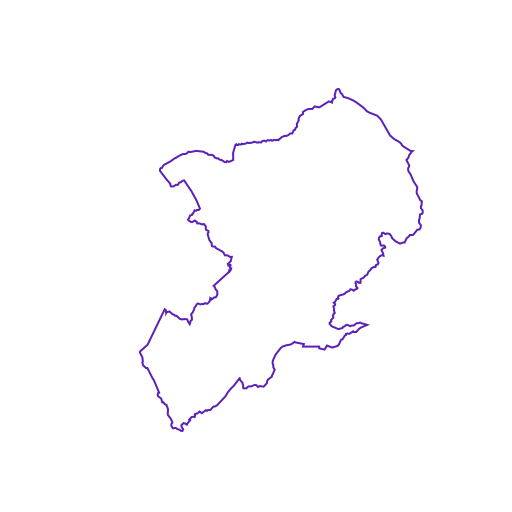 Acteopan, Puebla, Mexico (Mercator projection), rotated 40°
{"feature_id": "50627088B24925677971158", "entity_name": "Acteopan", "entity_type": "district", "adm_level": 2, "iso_a3": "MEX", "parent_name": "Mexico", "parent_adm1": "Puebla", "projection": "mercator", "projection_center": [-98.68, 18.751], "detail": "fine", "context": "isolated", "style": "outline", "palette": "violet", "viewbox_px": 512, "rotation_deg": 40, "n_neighbors": 0, "source": "geoboundaries", "source_scale": "gbopen_adm2", "svg_char_len": 6119}
<svg xmlns="http://www.w3.org/2000/svg" viewBox="0 0 512 512"><g transform="rotate(40 256 256)"><path d="M349.6,166.5L348.7,165.8L347.3,165.7L345.2,167.6L344.6,167.6L341.9,165.5L339.4,164.4L338.4,162.8L338.4,161.2L339.4,160.2L339.5,159.6L338.3,158.8L337.8,157.2L338.6,156.3L341.1,156.1L341.7,154.6L344.1,153.2L346.9,153.8L348.9,154.9L353.7,155.0L358.3,154.0L360.2,150.9L361.2,150.1L360.0,145.5L360.5,143.1L360.4,141.0L362.8,138.9L362.7,132.2L364.2,130.5L363.9,128.6L362.5,126.4L359.5,125.7L357.7,123.7L357.2,122.0L355.0,118.8L355.0,118.4L356.1,116.9L356.1,116.2L354.6,114.1L351.5,113.3L350.4,111.9L350.2,110.9L348.0,107.5L345.5,107.6L343.8,106.6L338.9,104.7L337.5,103.2L335.5,99.8L334.8,99.4L328.5,97.5L322.6,94.4L317.9,92.9L316.1,91.0L315.7,88.8L315.0,88.0L309.5,85.8L309.6,83.1L308.4,79.8L308.4,77.0L308.1,76.2L308.4,75.1L306.8,76.2L299.5,77.2L297.2,77.4L294.4,76.5L291.4,76.7L287.0,77.6L281.3,77.5L263.9,71.1L258.6,70.6L251.0,73.2L248.1,73.8L242.6,73.3L234.1,73.8L230.8,74.3L225.8,75.6L220.9,77.8L217.5,76.6L216.2,76.8L211.9,74.5L212.1,74.8L211.2,75.6L210.7,77.6L213.1,82.5L214.7,83.3L215.0,83.8L214.8,85.0L214.0,85.8L214.3,87.3L214.8,87.8L214.6,88.8L215.5,89.6L212.4,90.8L209.0,101.4L204.7,103.8L204.7,107.0L202.0,109.4L200.5,111.7L199.4,115.4L200.7,117.1L199.6,120.5L200.3,123.4L201.6,124.8L202.3,128.4L204.0,130.2L204.4,131.2L204.0,132.7L204.6,133.8L204.7,134.6L204.0,135.5L205.0,138.8L203.4,140.3L203.1,142.4L202.2,144.4L200.7,145.6L199.2,148.5L199.1,150.4L198.7,151.3L198.8,152.8L197.5,153.4L197.0,154.4L195.9,154.8L195.0,155.7L194.3,157.3L193.0,157.4L192.2,158.8L190.4,159.8L190.1,161.8L188.4,162.2L187.0,163.7L186.9,165.8L185.0,167.0L184.5,168.1L181.1,169.6L180.9,170.5L179.2,172.8L177.9,174.1L176.6,174.6L176.0,176.2L175.0,177.6L173.7,178.9L173.0,179.0L172.8,180.4L171.1,181.3L171.0,182.5L170.2,183.1L169.2,182.9L168.8,184.0L172.1,191.6L176.8,197.1L175.2,200.6L174.6,201.4L172.7,201.8L172.8,203.4L171.6,204.2L167.7,204.6L167.1,205.2L165.4,205.7L164.1,205.6L163.4,206.3L161.1,207.1L159.6,206.5L157.4,206.7L154.4,209.2L152.9,208.8L150.5,209.7L149.0,209.7L142.5,214.0L139.0,218.5L137.2,219.6L137.1,221.6L136.4,223.2L134.2,225.2L132.0,230.6L131.8,231.9L131.0,233.2L129.7,238.4L126.8,245.7L127.3,249.2L126.5,249.9L126.5,250.8L127.7,252.5L138.5,254.9L144.1,255.8L144.9,256.8L146.0,257.4L147.9,256.0L149.0,252.8L150.2,252.0L150.5,251.3L149.9,249.7L150.1,248.9L150.9,248.1L151.4,245.5L152.4,244.3L164.7,247.8L174.3,251.5L182.6,255.7L182.5,257.7L181.2,258.6L181.0,259.9L179.6,260.5L180.3,263.0L180.2,264.6L180.7,265.0L180.5,265.8L179.5,267.2L180.5,270.4L180.5,271.8L181.8,272.1L184.4,271.7L185.4,271.0L186.3,268.1L188.8,267.9L189.3,268.6L190.1,268.8L191.7,267.4L194.4,266.5L195.4,265.0L198.6,265.6L199.9,267.3L200.9,268.0L203.5,267.4L204.4,268.3L204.4,269.5L205.2,270.6L210.3,273.9L213.7,274.6L215.8,276.7L216.4,276.7L218.7,275.1L220.1,275.7L227.2,274.3L229.2,274.4L231.7,275.5L233.9,273.8L236.7,273.4L238.0,272.2L240.0,276.3L239.5,280.1L241.0,281.1L241.9,279.2L242.3,279.2L243.6,281.9L245.0,281.4L245.5,282.5L245.6,283.5L245.3,283.2L245.1,284.1L244.7,284.2L245.5,286.0L242.7,306.1L244.1,306.2L247.1,307.7L248.9,307.8L250.7,309.8L251.4,311.1L251.8,313.4L250.5,314.8L250.2,316.9L248.5,317.4L249.7,318.0L249.5,318.9L248.8,319.1L249.6,320.3L249.5,323.5L248.9,324.3L247.3,324.8L246.8,326.4L245.2,327.8L244.5,328.8L241.9,329.8L241.7,330.4L242.2,335.6L242.8,336.3L243.8,340.0L243.7,341.8L243.9,342.6L245.2,343.3L247.9,345.9L247.6,347.5L249.0,350.8L246.8,350.2L244.1,348.8L242.7,349.5L239.6,352.5L238.1,353.1L233.6,352.9L232.6,353.7L231.2,353.6L229.7,354.2L225.3,354.2L223.5,356.7L223.7,357.4L221.8,355.5L220.3,355.5L230.0,393.7L228.7,402.4L228.7,404.1L229.1,404.6L234.0,406.6L237.1,409.5L237.2,410.5L239.8,412.3L243.9,412.5L244.8,411.6L255.0,416.0L257.4,416.7L264.9,420.5L269.7,423.0L269.1,423.9L270.0,425.7L271.2,426.4L274.4,426.1L275.6,426.5L278.2,428.4L279.2,427.5L281.1,428.2L283.3,427.6L284.3,428.5L285.3,428.8L287.2,430.0L289.7,433.5L291.0,434.5L294.9,435.3L298.2,436.7L299.1,437.4L299.1,438.8L300.3,440.5L303.1,441.4L305.0,439.3L307.4,439.1L309.1,438.1L310.6,438.3L312.1,437.4L311.6,435.6L308.9,434.7L307.6,433.6L307.9,430.6L309.7,429.8L311.4,429.7L311.1,427.7L311.1,424.2L310.0,424.3L310.2,420.7L311.3,419.4L312.5,418.8L311.8,417.1L311.0,416.7L310.9,416.0L312.5,413.9L312.7,411.4L315.6,411.2L316.7,406.3L318.0,406.1L318.3,404.8L320.0,403.4L320.2,398.6L321.0,398.1L322.1,395.6L322.8,383.4L322.0,378.1L322.0,373.4L322.4,370.0L321.9,359.4L322.4,360.5L323.7,361.3L327.1,361.8L329.4,363.4L330.5,364.9L331.5,365.4L333.7,363.6L333.9,361.3L334.3,360.5L336.2,358.9L337.8,355.6L339.4,354.7L341.7,355.1L342.4,353.3L345.8,351.2L346.1,346.8L345.6,345.5L344.8,344.4L344.6,342.8L345.7,338.2L345.0,337.1L344.8,335.6L343.4,331.1L340.9,330.2L339.4,328.5L337.6,327.5L336.2,325.4L334.4,318.9L334.1,310.6L334.5,308.4L336.5,305.1L339.6,301.3L340.8,296.9L341.7,296.9L349.3,292.7L350.2,295.2L362.6,284.8L363.8,286.1L368.7,283.6L367.9,279.0L373.3,277.1L376.3,272.4L376.4,270.4L375.0,265.6L375.8,264.2L375.2,259.7L375.7,258.6L375.0,257.8L375.9,256.6L377.5,255.7L378.8,251.3L379.6,251.6L381.7,249.7L381.7,246.3L382.3,243.5L385.5,237.3L382.0,238.7L380.6,239.6L378.4,240.1L377.7,241.6L376.4,242.7L376.1,243.5L375.6,246.3L373.5,248.4L373.3,249.3L370.3,250.0L369.6,250.5L369.2,251.5L369.2,252.9L368.3,254.2L368.5,255.6L366.2,259.0L359.4,261.1L356.0,260.7L355.3,259.8L355.8,257.7L354.6,256.8L354.9,253.6L353.1,252.0L353.1,251.0L352.5,250.2L352.9,248.9L350.5,247.5L350.0,246.4L347.6,244.8L348.1,243.1L347.6,242.0L345.6,241.8L346.0,240.2L345.4,237.0L346.6,235.9L346.6,235.6L345.2,234.8L344.9,233.2L348.0,228.6L348.4,225.7L349.9,222.7L349.7,220.8L351.3,220.0L353.2,219.8L353.4,218.4L354.5,215.8L354.4,215.3L352.0,215.0L350.9,213.3L349.7,212.9L349.2,212.2L349.1,211.4L349.5,210.8L350.7,210.4L352.2,210.4L353.3,209.4L351.0,206.5L352.4,203.2L352.3,201.0L353.0,199.5L353.0,198.0L352.3,195.9L352.6,192.8L352.3,191.1L353.4,188.6L354.1,188.3L354.6,187.4L353.7,186.2L353.9,185.2L354.7,184.4L354.4,182.7L351.1,180.8L350.9,177.1L351.8,174.6L353.5,173.8L351.7,172.3L348.3,170.8L348.2,168.8L349.6,166.5Z" fill="none" stroke="#5b21b6" stroke-width="2"/></g></svg>